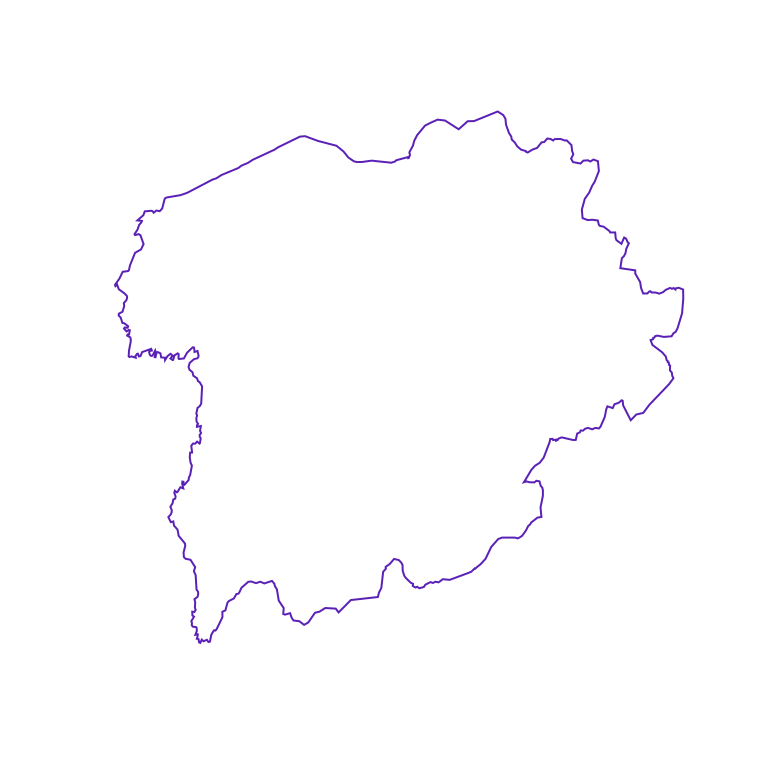 Ngoma, Eastern, Rwanda (Equal Earth projection), rotated 11°
{"feature_id": "39286606B28964371534134", "entity_name": "Ngoma", "entity_type": "district", "adm_level": 2, "iso_a3": "RWA", "parent_name": "Rwanda", "parent_adm1": "Eastern", "projection": "equal_earth", "projection_center": [30.488, -2.198], "detail": "fine", "context": "isolated", "style": "outline", "palette": "violet", "viewbox_px": 768, "rotation_deg": 11, "n_neighbors": 0, "source": "geoboundaries", "source_scale": "gbopen_adm2", "svg_char_len": 6163}
<svg xmlns="http://www.w3.org/2000/svg" viewBox="0 0 768 768"><g transform="rotate(11 384 384)"><path d="M116.2,260.2L115.6,264.2L110.7,270.5L115.2,270.1L115.0,271.7L113.3,274.4L112.6,279.5L110.5,284.5L111.2,285.3L114.6,283.7L116.5,284.4L121.3,292.5L119.8,298.3L114.6,302.7L112.0,316.1L111.9,320.9L111.2,322.0L106.1,323.7L104.1,331.2L101.0,338.1L101.7,339.2L103.0,337.3L105.6,341.6L112.2,344.7L114.8,346.6L115.4,348.2L115.1,351.0L113.2,354.1L114.1,357.1L113.5,363.0L110.3,365.6L110.5,367.4L112.9,369.1L115.5,373.9L117.6,374.0L121.8,376.1L121.6,377.7L118.7,378.0L118.2,379.2L121.2,381.5L123.2,379.6L124.2,379.7L124.3,383.9L123.0,384.2L122.6,385.5L126.0,386.6L126.8,388.2L127.3,390.5L127.3,399.9L128.1,405.6L128.9,406.1L131.0,405.1L135.3,405.6L134.7,403.9L136.0,401.4L136.7,401.2L138.1,403.7L139.6,403.1L140.5,398.8L148.8,393.9L149.7,395.5L147.5,396.4L147.3,397.5L148.6,400.0L149.9,400.9L151.3,400.4L153.0,394.8L153.8,396.5L153.8,401.4L154.6,401.3L154.7,397.5L155.4,395.9L156.2,395.9L158.7,396.6L160.2,400.4L163.9,400.0L164.5,402.3L166.2,397.9L168.7,395.1L171.1,396.5L169.5,399.7L171.8,400.8L172.4,400.6L172.9,395.8L175.6,393.3L176.7,393.8L177.4,398.2L178.0,398.6L182.7,397.1L184.7,390.9L189.2,384.5L190.6,384.5L191.9,388.7L194.6,387.2L195.2,388.5L196.6,391.6L196.5,393.3L195.9,394.4L192.8,395.8L189.2,400.4L188.9,404.5L190.3,407.1L193.8,409.0L195.2,412.2L199.4,414.1L200.9,416.8L202.4,417.1L205.9,421.0L208.3,438.2L207.3,441.0L205.5,443.0L205.4,448.9L206.5,450.4L206.3,453.4L207.2,456.7L209.1,458.6L208.3,460.2L208.5,461.7L212.2,460.2L212.4,465.1L213.8,467.1L212.8,469.1L213.1,470.8L214.4,472.2L214.6,477.0L214.3,477.7L211.5,476.2L210.0,478.6L207.9,478.9L206.6,481.4L208.7,487.9L206.8,488.3L207.3,493.0L209.1,498.1L211.0,500.8L211.1,510.5L210.3,513.0L210.6,515.4L207.3,521.1L206.6,521.0L205.8,518.2L204.7,518.2L204.8,520.1L206.9,524.8L203.8,524.2L201.9,529.4L201.2,529.9L199.1,528.7L198.9,530.8L200.8,534.0L201.0,535.5L200.7,536.6L199.2,537.6L199.2,541.5L197.7,545.2L199.8,548.5L200.0,550.5L199.6,552.6L197.7,555.8L201.1,560.3L203.4,559.1L204.9,563.1L209.1,566.3L211.4,572.2L219.1,578.6L219.8,580.9L219.4,587.6L220.6,592.1L222.5,593.4L227.6,593.5L233.6,599.8L233.1,604.0L235.6,607.6L239.2,621.6L241.1,623.4L241.7,625.6L241.6,628.5L239.0,631.4L240.4,634.5L241.0,639.5L242.2,641.6L241.4,643.9L239.2,644.1L240.1,647.8L241.9,648.6L240.1,653.6L241.1,655.2L241.2,657.2L242.5,658.7L246.0,658.5L246.6,659.1L247.4,662.1L246.7,666.2L248.8,665.2L249.2,666.4L248.9,669.8L250.6,669.8L251.8,672.9L253.0,673.2L253.9,669.7L255.8,671.0L259.0,668.9L260.9,670.8L262.3,670.1L262.3,663.1L264.1,658.2L265.6,658.2L266.6,656.2L269.9,643.7L268.8,638.4L271.5,636.5L272.1,628.4L273.2,626.6L277.6,623.1L279.2,618.3L281.0,617.7L281.6,616.7L283.0,611.2L288.5,604.1L291.2,603.2L296.3,603.9L300.3,601.7L304.6,602.6L311.6,598.7L314.5,601.0L315.4,603.1L318.1,606.1L322.0,616.7L328.3,623.1L329.0,629.0L330.8,629.3L335.5,626.9L338.2,631.4L340.3,633.4L346.1,633.0L351.5,635.7L355.2,632.5L359.9,621.7L364.1,619.8L369.1,615.1L379.5,613.7L383.0,616.9L392.7,602.4L418.6,594.3L418.9,589.6L420.3,584.6L419.0,568.5L421.1,564.9L420.5,563.2L423.9,559.7L427.3,553.8L432.1,554.0L435.2,556.2L436.8,558.3L438.0,563.8L440.5,568.4L442.4,570.2L448.2,574.0L450.6,574.6L450.8,576.8L453.8,577.8L455.3,576.7L457.6,577.8L461.9,575.6L462.9,573.1L467.4,569.6L469.9,570.0L472.2,568.3L475.4,568.3L479.0,564.4L485.9,563.7L503.3,553.1L505.5,551.6L508.1,547.9L508.9,548.8L508.6,548.4L509.6,546.7L513.1,542.6L517.0,536.3L520.4,523.4L525.7,514.4L529.3,512.2L541.7,509.8L544.8,510.0L546.6,508.6L548.5,506.7L551.3,500.7L552.6,496.0L554.3,493.8L554.9,491.9L560.1,485.9L563.9,484.5L561.2,475.3L561.3,463.5L560.3,458.1L559.2,455.6L557.2,454.0L555.2,449.9L552.1,449.9L550.4,451.9L545.4,452.7L542.6,452.4L540.1,453.7L545.1,440.0L547.8,435.5L551.9,431.6L554.8,425.8L557.6,409.8L557.7,406.2L560.0,405.7L560.7,406.8L563.5,405.8L563.7,406.8L565.2,405.8L565.6,404.4L568.6,402.5L580.4,402.9L582.9,402.3L583.1,395.8L585.5,394.1L585.9,392.1L588.3,391.8L589.9,389.6L592.4,388.2L597.1,388.7L599.8,386.8L603.5,386.6L604.7,384.5L607.0,374.2L607.0,366.5L607.6,363.3L613.1,364.0L614.1,359.9L617.8,357.8L620.5,354.6L621.5,354.9L622.8,359.3L633.1,372.5L637.5,365.8L644.0,362.9L648.6,353.5L663.9,329.7L667.0,323.1L665.4,321.0L664.3,317.8L662.1,316.1L661.3,311.2L660.4,311.1L659.3,308.4L658.4,308.4L658.1,307.3L656.9,306.6L655.4,303.3L651.0,299.8L640.0,294.4L637.3,290.0L639.6,288.7L639.5,287.3L640.6,286.8L641.0,285.3L643.4,284.3L649.6,284.4L657.2,282.3L658.4,279.0L660.4,277.1L661.5,273.3L663.1,257.8L661.5,243.2L659.6,234.2L654.9,233.3L651.9,234.6L652.0,235.6L649.9,234.6L648.5,235.6L646.5,235.1L642.6,237.8L640.4,240.6L636.9,242.8L633.2,242.4L629.1,243.1L627.9,242.1L626.7,242.6L625.2,244.9L621.1,245.7L618.0,240.7L616.0,235.1L609.6,227.7L608.9,224.5L593.9,225.2L593.5,215.1L595.2,212.6L596.1,209.3L596.0,205.2L597.5,199.1L596.2,198.4L594.0,195.2L591.8,194.4L590.3,201.1L584.8,198.5L583.7,196.9L582.0,191.1L577.1,192.1L576.2,190.9L569.7,187.7L565.7,187.6L564.5,186.7L562.7,182.7L557.3,183.0L552.7,184.2L547.3,183.3L544.9,175.1L545.8,163.8L548.9,157.0L550.5,149.7L552.2,145.3L554.3,134.0L551.5,124.5L546.8,123.7L544.1,126.2L541.5,125.5L537.1,126.7L534.8,130.1L527.2,130.1L524.7,127.2L526.0,122.4L524.3,119.6L522.4,113.7L516.9,110.0L515.2,110.5L510.6,109.8L504.9,111.0L503.5,112.7L500.8,111.7L497.4,111.9L495.1,115.9L492.6,116.7L489.2,123.1L485.2,125.4L480.9,129.3L479.3,129.1L478.9,128.3L473.9,127.8L469.6,125.4L466.1,121.8L462.8,119.7L461.7,116.8L458.8,113.8L454.3,106.1L452.6,100.5L449.8,97.3L443.6,94.8L422.3,108.7L416.0,110.1L408.7,119.7L393.6,113.7L386.1,114.3L380.7,118.1L375.0,122.5L369.0,133.5L367.3,139.4L366.9,144.6L364.7,151.7L365.8,154.2L365.2,157.4L364.6,157.7L364.2,156.7L353.4,162.0L352.3,163.5L348.9,165.4L329.3,167.1L319.9,170.3L315.0,171.3L311.8,171.1L305.7,168.4L299.8,163.4L291.9,159.2L272.9,158.0L259.3,155.8L254.3,157.2L234.8,171.9L231.9,174.8L212.3,189.0L208.4,192.8L202.2,197.0L199.9,199.7L184.8,209.7L180.0,214.2L176.6,216.1L154.3,233.9L148.3,237.4L134.8,242.5L133.6,243.6L133.3,245.2L132.8,254.0L130.9,257.1L127.4,257.2L125.2,259.8L123.8,258.5L122.3,258.4L116.2,260.2Z" fill="none" stroke="#5b21b6" stroke-width="2"/></g></svg>